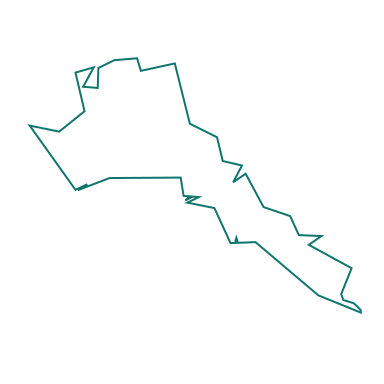 Andhra Pradesh, Equal Earth projection, rotated 83°
{"feature_id": "IND-2441", "entity_name": "Andhra Pradesh", "entity_type": "State", "adm_level": 1, "iso_a3": "IND", "parent_name": "India", "parent_adm1": "", "projection": "equal_earth", "projection_center": [79.939, 15.897], "detail": "coarse", "context": "isolated", "style": "outline", "palette": "teal", "viewbox_px": 384, "rotation_deg": 83, "n_neighbors": 0, "source": "natural_earth", "source_scale": "10m", "svg_char_len": 746}
<svg xmlns="http://www.w3.org/2000/svg" viewBox="0 0 384 384"><g transform="rotate(83 192 192)"><path d="M176.3,305.2L171.5,294.9L175.6,307.4L106.3,345.0L115.9,316.5L98.7,288.8L59.3,293.1L56.3,274.3L74.3,287.2L77.2,272.9L57.5,269.8L51.7,253.0L52.6,230.2L65.5,228.0L62.3,193.4L124.0,185.8L140.7,160.5L165.0,157.7L171.8,139.2L187.4,150.0L180.4,136.5L215.7,122.8L227.9,97.5L247.8,91.2L251.5,68.9L258.7,82.5L287.1,42.9L311.6,56.4L317.6,55.0L322.2,44.9L329.6,39.0L332.3,39.1L310.0,79.2L249.5,135.1L247.4,160.0L210.7,171.7L202.0,197.9L197.9,185.9L194.8,200.8L176.3,201.5L168.1,272.2L176.3,305.2ZM247.1,152.8L242.8,153.5L245.7,154.8L247.1,152.8ZM197.7,194.6L199.6,199.6L197.0,196.3L197.7,194.6Z" fill="none" stroke="#0f766e" stroke-width="2"/></g></svg>